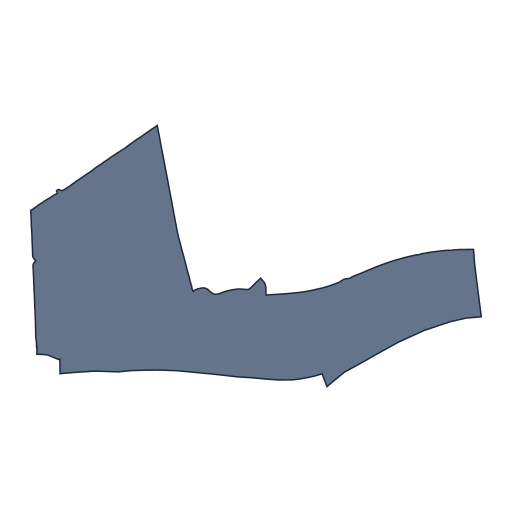 Hardinxveld-Giessendam, Zuid-Holland, Netherlands
{"feature_id": "6326949B10391839507344", "entity_name": "Hardinxveld-Giessendam", "entity_type": "district", "adm_level": 2, "iso_a3": "NLD", "parent_name": "Netherlands", "parent_adm1": "Zuid-Holland", "projection": "mercator", "projection_center": [4.846, 51.839], "detail": "fine", "context": "isolated", "style": "filled", "palette": "slate", "viewbox_px": 512, "rotation_deg": 0, "n_neighbors": 0, "source": "geoboundaries", "source_scale": "gbopen_adm2", "svg_char_len": 5860}
<svg xmlns="http://www.w3.org/2000/svg" viewBox="0 0 512 512"><path d="M326.9,386.6L334.7,380.1L344.3,372.3L349.1,369.6L362.6,362.2L374.2,355.6L383.3,350.5L397.8,342.5L405.0,339.2L414.0,335.1L424.0,330.5L429.7,328.6L435.1,326.8L437.4,326.0L450.7,321.6L454.4,320.8L465.8,318.1L471.2,317.7L477.8,317.1L481.3,316.8L480.9,313.5L479.8,305.3L476.7,280.8L475.5,270.9L474.7,264.7L474.5,262.1L474.1,257.7L474.1,256.2L473.5,249.4L472.0,249.4L460.7,249.5L456.9,249.7L453.5,249.9L453.2,250.1L450.6,250.3L448.8,250.4L448.5,250.2L441.0,250.9L439.3,251.1L433.6,251.8L428.1,252.6L426.0,253.0L421.3,253.8L421.0,254.1L418.9,254.6L416.7,255.0L416.3,254.8L413.8,255.4L409.5,256.4L408.2,256.7L403.7,257.8L401.1,258.6L396.2,259.9L394.3,260.5L392.5,261.1L390.8,261.6L385.0,263.6L383.3,264.2L381.8,264.7L378.4,266.0L374.1,267.7L370.8,269.1L368.9,269.9L361.8,272.9L359.4,273.9L355.9,275.4L355.9,275.2L353.1,276.4L351.7,277.0L351.4,277.5L349.3,278.4L347.8,278.6L346.5,278.7L344.9,279.1L344.3,279.3L343.7,279.4L342.7,280.0L341.2,280.8L340.2,281.8L336.8,283.2L335.9,283.5L332.9,284.6L331.4,285.2L330.2,285.6L327.1,286.6L326.3,286.8L320.3,288.5L319.2,288.6L313.4,290.0L308.7,291.0L307.5,291.2L302.4,292.0L298.6,292.5L297.7,292.6L286.1,293.7L278.8,294.2L266.0,295.0L265.9,287.5L265.9,287.3L264.8,283.3L264.5,282.8L261.8,279.5L260.6,278.2L258.2,280.5L255.1,283.4L251.8,286.8L251.2,287.4L250.7,287.8L250.2,288.2L249.2,289.0L248.6,289.3L248.1,289.4L247.6,289.5L247.1,289.5L245.8,289.4L244.2,289.3L242.8,289.2L241.3,289.1L239.7,289.0L238.8,289.0L237.3,289.1L235.7,289.3L234.1,289.5L232.2,289.8L225.9,291.2L225.0,291.5L222.2,292.5L220.3,293.3L218.8,293.9L217.7,294.1L216.6,294.2L215.4,294.2L214.4,294.1L213.7,293.9L212.7,293.5L212.2,293.2L211.5,292.6L210.5,291.9L209.1,290.6L207.9,289.5L207.1,289.0L206.5,288.6L205.6,288.3L204.7,288.0L203.7,287.9L202.7,287.9L201.9,288.0L201.3,288.1L200.1,288.3L198.7,288.7L197.6,288.9L196.6,289.3L195.5,289.8L193.2,291.3L192.8,290.2L192.2,289.2L192.1,288.8L191.9,287.9L191.5,285.8L191.3,285.4L190.8,283.5L190.0,280.8L190.0,280.5L189.8,280.1L189.8,279.6L188.1,273.2L187.6,271.4L187.1,269.7L186.5,267.3L185.4,263.0L183.9,257.1L182.2,251.0L180.7,245.2L179.0,238.6L178.8,237.9L178.6,237.5L178.5,237.2L178.4,236.7L178.3,236.0L177.7,233.6L177.6,233.1L177.4,232.3L177.2,231.5L177.1,230.5L176.3,226.4L176.2,225.6L176.0,224.5L175.8,223.7L175.7,223.1L175.6,222.7L175.5,222.3L175.1,220.4L175.0,219.6L174.8,218.7L174.7,217.9L174.5,216.6L173.8,213.4L173.8,213.2L173.7,212.7L173.5,211.3L173.5,211.1L173.4,210.8L173.4,210.5L173.1,209.2L172.8,207.6L172.4,205.8L171.9,202.7L171.8,202.1L171.6,200.9L171.4,199.8L171.1,198.6L171.0,197.9L170.1,193.2L170.0,192.5L169.8,191.7L169.3,189.1L168.6,185.2L168.5,184.8L168.4,184.4L168.3,183.9L168.2,183.4L168.2,183.0L167.2,177.8L165.6,169.2L164.6,164.3L164.4,163.0L163.3,157.2L161.7,149.1L160.8,144.2L159.3,136.2L157.2,125.4L156.4,126.0L155.8,126.5L154.6,127.4L154.0,127.7L150.7,129.9L144.1,134.6L143.8,134.9L139.4,137.8L138.9,138.1L138.2,138.5L137.8,138.7L137.4,139.0L136.3,139.8L135.4,140.4L135.1,140.7L134.4,141.1L133.4,141.9L132.1,142.8L130.6,143.9L129.5,144.6L129.1,144.9L127.7,146.0L126.7,146.7L126.3,147.0L126.2,147.2L125.8,147.4L125.4,147.7L124.1,148.7L124.0,148.8L123.0,149.4L122.2,149.9L121.1,150.5L120.8,150.7L119.6,151.6L119.4,151.7L117.9,152.6L115.1,154.4L113.8,155.4L113.7,155.5L112.5,156.2L112.2,156.3L111.1,157.0L110.3,157.6L110.1,157.9L107.4,159.7L107.1,159.9L106.9,160.1L106.2,160.5L104.3,161.8L102.4,163.2L101.7,163.7L101.4,164.0L101.0,164.2L100.4,164.6L99.6,165.1L98.4,165.9L96.5,167.1L93.5,169.3L92.3,170.4L91.3,171.0L89.9,172.1L89.4,172.4L89.2,172.6L87.9,173.3L86.5,174.3L84.4,175.8L84.2,175.9L82.1,177.4L81.5,177.7L80.3,178.7L80.0,178.9L78.8,179.6L78.5,179.8L77.7,180.2L76.8,180.8L76.6,181.0L76.0,181.4L75.5,181.8L75.2,182.1L74.2,182.9L73.7,183.3L72.9,183.7L72.7,183.8L70.7,185.4L68.8,186.7L67.7,187.4L66.7,188.0L65.2,189.0L64.5,189.4L63.1,190.2L62.4,190.7L62.2,190.8L61.9,190.7L58.5,189.4L56.5,190.6L57.4,193.2L56.3,193.9L55.5,194.4L54.6,194.8L51.6,196.6L49.8,197.9L49.2,198.2L48.4,198.6L45.4,200.5L45.0,200.7L43.5,201.7L42.8,202.2L42.6,202.4L41.7,203.0L41.2,203.3L38.0,205.3L37.5,205.6L37.2,206.0L32.2,209.6L31.1,210.2L30.7,210.3L30.8,211.9L31.0,216.0L31.1,217.9L31.2,221.3L31.3,223.5L31.3,224.3L31.3,225.0L31.4,226.8L31.4,227.3L31.5,227.8L31.6,228.4L31.6,229.2L31.6,229.6L31.7,230.2L31.6,230.8L31.6,231.0L31.7,231.7L31.7,232.2L31.8,232.8L31.9,233.8L31.9,234.4L32.0,238.4L32.1,242.5L32.2,243.5L32.3,245.1L32.6,253.4L32.6,255.8L32.7,256.1L32.8,256.4L32.9,256.7L33.0,257.1L33.2,257.4L33.4,257.8L34.9,260.0L35.0,260.1L35.3,260.2L35.5,260.2L35.5,261.6L35.4,261.7L35.4,261.8L35.1,261.9L34.6,262.2L34.4,262.4L34.2,262.6L33.7,263.2L33.6,263.4L33.5,263.7L33.2,264.2L33.1,264.8L33.1,265.1L33.0,265.4L33.0,266.5L33.2,269.4L33.3,272.4L33.4,274.3L33.5,276.8L33.7,279.5L33.7,280.3L33.8,284.2L34.0,287.0L34.0,287.7L34.0,288.2L34.0,289.9L34.3,294.2L34.5,299.1L34.7,306.0L34.8,308.7L34.9,309.0L35.0,310.2L35.2,316.6L35.2,317.8L35.4,321.0L35.5,325.7L35.6,328.7L35.6,329.9L35.7,336.6L35.7,337.2L35.8,337.7L35.9,338.3L36.0,339.2L36.1,339.7L36.1,340.3L36.2,340.9L36.3,341.5L36.4,342.7L36.5,343.5L36.5,343.9L36.5,346.9L36.9,346.9L36.9,354.3L42.2,354.4L48.2,355.1L49.9,355.9L58.6,359.5L58.9,359.4L59.9,359.0L60.0,373.7L65.3,373.2L78.0,372.2L91.7,371.3L96.3,371.2L97.7,371.2L106.8,371.5L112.1,371.7L118.2,371.9L131.0,370.6L146.3,370.2L160.8,370.1L167.9,370.4L176.1,370.7L176.9,370.7L189.7,371.9L192.2,372.1L192.7,372.2L208.4,373.7L210.0,373.8L221.1,375.0L222.9,375.2L223.0,375.2L223.8,375.3L226.5,375.6L237.5,376.9L247.8,377.5L250.8,377.7L254.6,378.0L266.5,379.1L270.8,379.4L274.8,379.7L278.1,380.0L291.3,379.9L295.4,379.5L298.1,379.2L299.7,379.0L303.6,378.3L305.9,377.9L308.4,377.4L310.7,376.9L312.8,376.5L313.9,376.2L315.5,375.8L316.9,375.4L322.1,373.8L325.5,382.7L326.9,386.6Z" fill="#64748b" stroke="#1e293b" stroke-width="1.5"/></svg>